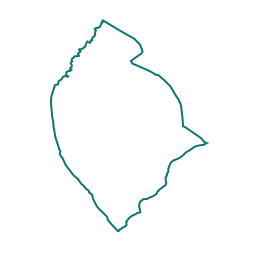 San Juan del Río, Oaxaca, Mexico, rotated 97°
{"feature_id": "50627088B41598695930571", "entity_name": "San Juan del Río", "entity_type": "district", "adm_level": 2, "iso_a3": "MEX", "parent_name": "Mexico", "parent_adm1": "Oaxaca", "projection": "equal_earth", "projection_center": [-96.163, 16.897], "detail": "fine", "context": "isolated", "style": "outline", "palette": "teal", "viewbox_px": 256, "rotation_deg": 97, "n_neighbors": 0, "source": "geoboundaries", "source_scale": "gbopen_adm2", "svg_char_len": 3247}
<svg xmlns="http://www.w3.org/2000/svg" viewBox="0 0 256 256"><g transform="rotate(97 128 128)"><path d="M133.4,48.1L133.1,50.0L129.2,54.2L123.2,65.6L120.5,70.7L119.5,73.6L119.4,73.6L113.0,74.8L99.5,78.0L96.7,79.5L93.9,81.0L93.0,81.9L89.1,85.2L88.1,86.0L86.6,87.0L81.9,90.7L81.7,90.8L76.6,97.2L71.6,104.7L71.8,106.6L69.0,113.1L63.4,131.5L61.2,133.3L54.2,125.9L53.4,124.8L53.0,124.2L52.3,123.8L51.2,123.3L50.4,122.9L49.6,123.1L48.7,123.9L47.7,123.9L47.1,124.4L47.0,124.5L46.1,124.9L44.2,126.3L43.0,127.0L41.5,129.3L40.5,130.4L39.1,131.9L37.4,135.6L37.0,136.6L35.6,140.1L32.0,148.6L30.9,151.3L29.9,153.3L24.3,166.0L24.8,166.4L24.9,166.5L25.1,165.9L25.2,166.0L25.3,165.9L25.9,165.9L26.2,166.0L27.3,167.2L29.2,167.5L31.4,168.5L31.9,169.7L32.3,170.1L32.6,171.6L33.0,172.4L33.8,173.1L34.5,172.6L35.2,171.7L35.7,172.1L37.2,172.3L39.8,172.0L40.4,172.6L41.4,172.8L42.3,174.0L42.7,174.3L43.2,174.4L45.2,174.2L45.1,174.9L45.9,175.8L47.2,175.6L48.0,176.1L48.1,176.7L47.2,179.0L48.8,179.7L50.7,180.1L51.1,180.1L52.5,180.4L52.8,181.2L53.3,181.5L54.1,182.0L54.8,183.0L55.7,184.0L55.7,185.8L56.1,186.1L56.6,185.8L57.8,184.6L58.2,184.7L60.1,186.7L60.7,186.7L61.9,185.6L62.6,185.6L63.4,189.9L65.3,190.9L65.7,191.8L66.6,192.1L67.5,192.3L68.9,191.6L70.4,192.8L70.9,192.7L72.4,191.5L74.3,191.4L75.8,192.7L76.4,192.6L77.2,191.3L78.2,192.0L78.6,193.7L79.9,195.7L80.7,196.0L82.1,196.0L83.5,194.8L84.1,193.8L84.5,194.3L83.9,195.5L84.0,196.5L84.9,198.4L86.1,199.3L88.0,200.0L89.7,202.4L91.8,202.8L93.1,202.7L93.6,203.6L94.0,205.0L94.5,205.8L96.1,206.1L96.5,205.9L97.7,206.3L105.6,207.9L111.4,207.7L116.4,206.7L127.5,204.3L130.4,203.0L132.7,202.9L134.0,202.2L135.8,202.2L140.9,200.4L144.4,199.5L145.9,198.9L147.8,198.1L155.6,194.5L157.9,193.6L158.8,192.4L162.0,192.5L163.2,191.9L166.2,189.1L171.7,185.7L172.3,185.4L181.6,176.3L184.3,172.1L185.2,171.1L186.7,169.8L189.4,167.2L190.8,164.9L193.3,162.5L194.9,159.5L196.8,158.7L198.3,155.9L201.1,154.6L203.1,153.7L207.7,150.6L209.1,149.7L212.6,146.1L215.1,142.3L216.8,140.6L217.6,139.1L219.7,137.5L220.5,137.3L221.7,136.7L224.0,134.4L231.7,125.4L231.2,124.5L230.8,124.1L230.1,124.1L229.6,123.8L228.6,122.1L228.0,121.7L227.7,121.4L227.0,120.6L226.1,119.0L224.7,117.6L223.4,118.0L222.3,117.9L221.0,118.3L220.3,117.7L218.6,116.8L217.6,116.2L216.2,114.9L215.0,113.7L213.9,112.3L212.7,110.1L212.0,109.4L211.3,108.5L210.8,107.2L210.4,105.7L209.8,105.5L207.0,106.5L205.9,106.8L204.2,107.4L202.4,107.6L201.7,107.3L199.6,107.0L198.0,105.2L196.8,104.2L196.5,102.7L196.2,100.8L195.8,99.8L194.8,98.6L194.4,98.3L194.2,98.0L194.0,97.2L193.4,96.1L193.1,95.6L192.4,94.6L191.8,93.9L190.4,92.2L189.8,91.8L187.5,90.9L186.9,90.2L186.2,89.8L185.6,89.5L185.1,89.1L184.4,88.1L184.2,87.9L182.8,86.8L182.2,86.1L181.0,84.9L180.5,83.9L178.3,83.3L176.8,83.8L173.1,84.6L172.2,84.6L171.1,83.9L170.8,83.8L170.3,83.6L170.0,83.6L169.6,83.7L168.8,83.9L168.3,83.6L167.5,83.1L166.4,82.7L164.5,82.9L163.9,83.1L163.2,82.9L162.1,82.7L161.3,82.5L160.8,82.4L157.4,81.4L157.1,81.2L156.6,80.8L155.1,79.4L154.6,78.8L153.5,76.8L152.7,75.2L151.5,73.4L148.2,69.8L145.6,68.0L144.8,67.2L143.5,65.2L142.4,63.9L141.1,62.5L140.2,61.4L139.5,60.8L137.9,58.6L136.9,56.0L136.4,54.5L135.4,50.5L134.8,49.8L133.9,48.9L133.4,48.1Z" fill="none" stroke="#0f766e" stroke-width="2"/></g></svg>